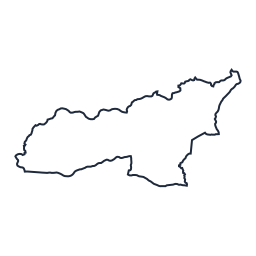 the district of Nova Olímpia, Mato Grosso, Brazil
{"feature_id": "56859067B94311808533104", "entity_name": "Nova Olímpia", "entity_type": "district", "adm_level": 2, "iso_a3": "BRA", "parent_name": "Brazil", "parent_adm1": "Mato Grosso", "projection": "mercator", "projection_center": [-57.402, -14.783], "detail": "fine", "context": "isolated", "style": "outline", "palette": "slate", "viewbox_px": 256, "rotation_deg": 0, "n_neighbors": 0, "source": "geoboundaries", "source_scale": "gbopen_adm2", "svg_char_len": 5345}
<svg xmlns="http://www.w3.org/2000/svg" viewBox="0 0 256 256"><path d="M218.8,134.1L218.7,132.5L218.1,131.0L217.5,130.1L216.8,129.3L216.2,127.8L215.6,126.4L215.2,125.0L215.1,123.9L216.0,122.6L216.1,121.5L215.5,120.3L214.8,119.0L215.6,117.8L216.0,116.3L215.4,115.3L215.4,114.2L216.4,112.8L217.7,111.5L218.5,109.8L218.8,108.6L219.2,106.2L219.6,105.0L220.5,103.2L221.1,101.9L222.0,100.7L222.7,99.7L223.1,98.7L224.1,97.7L225.7,96.2L227.6,94.2L228.4,93.4L229.7,92.0L230.4,90.8L231.0,89.8L232.0,88.9L233.0,88.3L233.7,87.6L234.6,86.7L235.2,85.8L235.9,84.7L236.9,84.0L238.1,83.8L239.5,83.0L240.3,82.1L240.6,80.8L240.2,79.8L239.7,78.9L239.2,76.8L238.7,75.1L238.1,73.1L237.4,71.9L236.4,71.6L233.5,71.6L232.5,71.1L231.6,69.8L230.7,71.1L230.4,72.3L231.0,73.8L231.6,75.3L230.9,76.4L229.0,77.2L227.5,77.8L226.3,78.4L225.5,79.1L224.5,80.1L222.9,80.5L221.9,80.4L220.9,80.6L220.0,81.2L219.2,82.1L218.2,82.2L217.3,82.1L215.7,82.3L214.5,83.2L214.3,84.2L213.6,85.0L213.3,86.4L212.0,86.1L211.1,85.1L210.9,83.5L210.0,82.6L208.7,82.8L206.7,82.3L205.2,81.7L204.0,81.3L202.4,80.6L201.3,80.2L200.0,79.8L198.5,79.7L197.1,79.7L196.1,78.6L195.2,77.5L194.5,78.5L194.2,80.1L193.2,80.4L192.2,80.2L191.4,79.8L190.3,79.3L189.3,79.9L188.7,80.8L187.7,81.1L186.5,81.3L185.2,81.7L184.8,82.9L184.1,83.5L183.1,83.5L181.3,83.3L180.7,84.4L179.8,85.4L178.4,85.6L178.4,87.1L179.5,87.7L180.3,88.2L180.4,89.4L180.4,90.5L179.5,91.3L178.1,91.8L176.5,92.3L175.3,92.5L173.9,93.1L172.6,93.2L172.0,94.4L171.9,95.9L171.9,97.2L171.5,98.6L170.2,99.4L169.0,99.7L167.5,99.4L166.0,98.2L164.5,97.3L163.2,96.8L161.9,96.3L160.7,95.8L159.8,95.2L158.5,94.9L157.2,94.8L156.9,93.7L157.2,92.5L157.4,91.4L156.1,91.6L155.2,92.4L154.1,92.9L153.4,93.5L153.0,94.5L152.4,95.8L151.3,96.4L150.3,96.4L148.9,96.4L147.5,96.1L146.1,96.1L145.1,96.4L143.6,97.2L142.3,98.0L141.0,98.6L139.6,99.0L138.6,99.1L137.4,99.2L136.2,100.0L134.9,100.1L133.9,100.8L132.9,101.8L131.9,102.4L131.5,103.8L131.2,104.9L130.2,105.9L128.9,106.4L127.9,107.2L127.0,108.7L126.7,109.7L127.1,111.4L126.7,112.6L125.6,112.5L124.1,112.3L122.8,112.0L121.7,111.6L120.3,110.7L119.2,109.8L117.2,109.0L115.1,108.8L113.1,109.0L111.8,109.3L110.0,110.4L108.4,110.7L107.5,110.5L105.9,110.0L103.5,109.5L100.7,110.4L99.3,112.0L98.6,114.1L98.1,115.7L96.2,116.8L95.0,117.6L94.1,118.9L92.8,119.2L90.7,119.2L89.0,118.8L87.9,118.2L87.0,117.5L85.9,116.8L84.7,114.9L83.8,113.6L83.1,113.0L81.3,112.2L79.5,111.5L78.2,111.7L77.1,111.8L75.7,111.8L74.6,112.0L72.8,112.6L70.8,112.7L69.7,112.1L68.8,111.0L67.4,110.0L65.9,109.1L63.8,108.6L62.2,108.3L60.6,108.5L59.5,109.2L57.8,109.8L56.5,110.8L55.5,112.7L55.2,114.3L55.0,115.4L54.0,116.3L53.1,117.5L52.3,118.3L50.7,118.6L49.4,119.1L47.6,119.6L47.4,120.7L46.8,121.9L45.9,122.9L45.1,123.6L44.0,124.4L42.9,124.5L41.1,124.3L40.2,123.9L39.2,124.0L38.4,124.8L37.3,125.4L36.4,125.7L35.5,125.2L34.7,126.1L33.5,127.4L32.5,128.9L32.4,130.4L31.9,131.9L31.5,133.4L30.8,134.7L29.4,135.2L28.7,136.3L27.8,136.8L27.2,137.8L26.7,139.0L26.2,140.4L24.8,141.9L24.4,143.7L25.5,144.6L24.8,145.7L23.9,145.9L24.1,147.0L24.0,148.5L24.2,150.0L25.3,150.9L25.6,152.6L24.6,152.8L24.5,154.3L23.6,154.6L22.7,155.0L21.5,154.1L19.9,153.9L18.9,154.0L17.5,154.4L15.9,155.5L15.4,156.4L16.0,157.5L17.0,159.0L18.0,160.0L18.2,161.0L17.8,162.0L17.4,162.9L17.0,164.0L17.4,165.5L18.3,166.2L19.5,166.8L20.4,167.2L21.3,167.3L22.7,167.5L23.8,168.4L24.6,170.5L24.8,171.6L27.3,171.5L34.1,172.0L40.9,172.5L42.0,172.6L47.3,172.9L49.1,172.6L50.2,172.6L51.8,172.9L52.9,172.9L55.1,172.7L56.5,172.5L57.9,172.8L59.5,173.4L60.6,173.9L61.6,174.4L63.5,175.6L64.9,176.1L68.0,176.3L69.0,176.2L70.2,175.9L71.4,175.4L72.6,174.5L73.5,173.5L74.1,172.6L74.8,171.6L76.2,170.7L78.0,170.0L80.0,169.3L81.2,169.3L83.8,168.3L85.3,167.7L86.3,167.0L87.4,166.7L88.9,166.7L90.6,166.7L92.8,166.0L94.0,166.0L95.0,165.6L96.0,165.0L97.0,164.1L98.4,163.2L99.9,163.0L101.1,163.0L102.0,162.4L103.1,161.6L103.8,161.0L105.2,160.3L106.5,159.7L107.8,159.8L109.0,160.5L110.2,160.8L111.8,160.5L112.7,160.0L114.2,159.1L115.3,158.1L116.3,157.2L117.2,156.8L119.0,157.0L120.3,157.9L121.8,158.0L123.2,157.6L124.5,157.1L125.6,157.0L127.1,156.8L128.3,156.4L129.7,156.1L130.8,156.1L131.2,158.1L131.2,159.3L131.4,162.0L131.4,163.3L130.8,165.2L131.1,167.0L131.1,168.0L130.9,169.4L130.3,170.2L128.8,170.4L127.9,174.5L129.0,175.1L129.9,175.4L131.6,175.4L132.8,175.0L133.8,175.0L135.2,175.0L136.9,175.2L138.0,175.8L139.1,176.3L140.6,176.5L142.6,176.8L143.6,177.0L144.4,177.5L145.5,178.1L147.1,179.0L148.4,180.2L149.3,180.8L150.5,181.3L152.1,182.5L153.1,183.3L154.0,183.9L155.9,184.6L157.0,185.0L158.9,185.9L160.2,186.2L161.3,186.1L162.8,186.1L163.8,186.1L165.3,186.2L166.9,185.3L167.9,185.2L169.6,185.0L170.6,184.9L173.2,184.6L174.3,184.2L175.4,183.9L177.1,184.0L179.0,184.8L180.5,184.6L182.7,185.2L184.5,185.3L186.8,185.7L187.0,184.2L186.6,183.1L185.5,182.7L184.8,181.6L185.1,179.4L184.3,178.0L184.6,176.6L184.2,175.3L185.0,174.5L184.3,173.2L183.2,173.0L183.0,171.8L183.3,170.6L182.7,169.4L182.2,168.0L181.2,168.2L180.5,167.4L179.9,166.7L179.0,166.3L179.0,165.3L180.4,164.8L180.3,163.3L181.2,162.7L182.3,162.3L183.1,160.6L183.9,159.6L185.5,158.1L186.1,156.4L187.1,155.2L188.3,154.1L189.4,153.6L190.7,153.6L192.0,140.1L197.8,136.6L205.0,132.7L205.8,133.7L206.9,134.3L207.8,134.5L209.4,134.7L210.6,134.8L211.6,134.5L212.6,134.7L214.8,134.7L215.7,134.2L217.0,134.2L218.8,134.1Z" fill="none" stroke="#1e293b" stroke-width="2"/></svg>